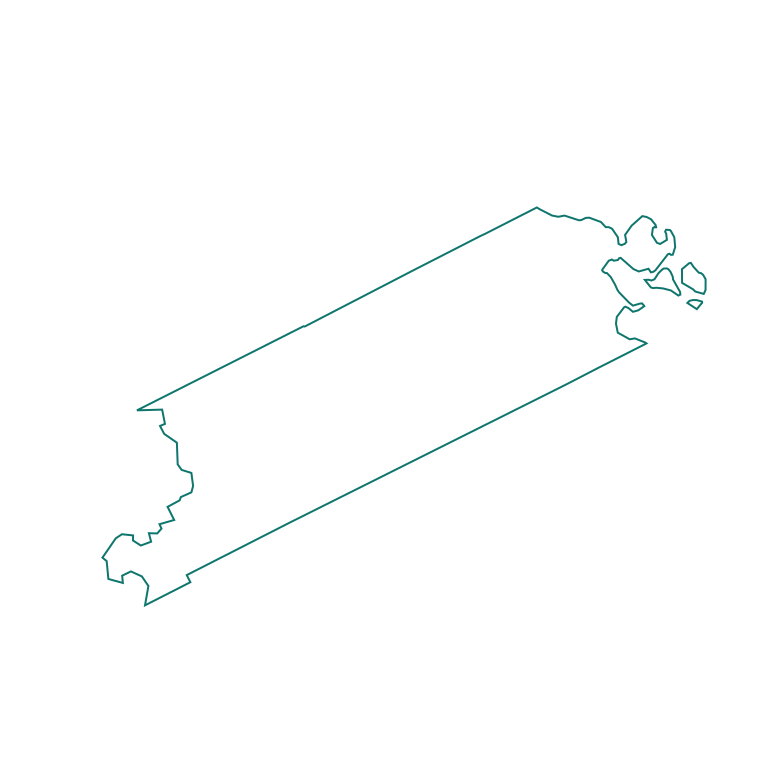 the district of Skagit, Washington, United States of America, rotated 153°
{"feature_id": "52423323B93114504552564", "entity_name": "Skagit", "entity_type": "district", "adm_level": 2, "iso_a3": "USA", "parent_name": "United States of America", "parent_adm1": "Washington", "projection": "mercator", "projection_center": [-122.193, 48.477], "detail": "fine", "context": "isolated", "style": "outline", "palette": "teal", "viewbox_px": 768, "rotation_deg": 153, "n_neighbors": 0, "source": "geoboundaries", "source_scale": "gbopen_adm2", "svg_char_len": 2177}
<svg xmlns="http://www.w3.org/2000/svg" viewBox="0 0 768 768"><g transform="rotate(153 384 384)"><path d="M713.7,357.1L711.5,352.1L718.1,335.4L707.0,325.3L704.3,332.1L694.6,331.9L687.1,322.5L685.6,311.0L697.4,295.3L646.5,295.3L646.5,303.3L531.4,303.3L222.4,300.9L220.6,300.9L185.6,301.1L131.7,301.0L132.3,302.2L139.7,310.7L144.8,312.3L152.4,323.6L149.9,332.5L146.1,338.1L135.1,343.4L133.8,343.3L131.8,340.8L129.4,335.3L124.0,334.2L116.7,335.2L116.8,336.1L117.6,338.8L119.8,339.5L126.6,340.8L128.6,345.0L132.9,358.8L133.3,361.8L133.0,367.9L133.4,376.3L135.0,381.6L136.6,382.6L137.9,384.9L138.0,386.3L137.2,387.0L127.8,391.8L124.4,391.4L123.2,389.5L119.3,388.3L117.4,389.3L115.9,389.0L109.6,373.2L105.9,368.6L96.0,366.6L95.5,362.3L93.2,361.7L90.5,362.1L72.2,370.7L70.4,370.4L69.7,368.8L68.0,368.1L62.4,373.8L60.6,378.3L58.7,383.0L58.9,390.2L59.5,391.5L62.7,393.4L64.4,392.0L64.3,389.9L66.5,384.0L74.4,383.4L76.7,385.9L77.6,395.2L73.6,400.9L71.4,401.1L71.3,400.5L70.4,400.1L69.8,402.3L71.3,409.6L74.2,413.6L77.6,416.3L91.4,412.7L101.5,407.4L103.6,400.5L105.8,399.6L109.4,399.9L111.4,402.3L109.0,408.6L110.3,418.8L112.6,421.8L115.2,423.1L117.2,429.9L125.6,439.0L128.8,440.4L133.8,440.5L136.0,441.4L146.7,452.1L152.8,453.9L157.8,457.8L165.7,468.7L167.7,471.9L225.4,471.9L231.5,472.1L292.2,472.0L301.8,472.0L428.5,471.2L429.6,472.0L616.1,472.7L593.3,461.9L597.3,447.9L602.6,448.3L602.5,439.4L595.2,425.7L604.3,406.1L603.3,399.3L596.0,392.2L600.4,379.8L604.8,374.9L616.3,375.5L618.9,373.1L632.6,372.8L632.7,358.1L647.7,361.0L647.9,356.2L653.9,353.8L661.2,357.8L663.1,349.2L674.0,350.5L678.7,358.5L676.3,363.0L685.7,369.1L693.0,368.3L713.7,357.1ZM49.9,331.3L50.1,336.3L51.1,338.7L53.0,340.3L55.1,348.1L55.6,352.6L57.3,353.1L66.4,351.0L72.5,338.8L65.6,328.0L64.7,325.1L58.2,319.1L54.8,321.8L49.9,331.3ZM78.0,348.5L77.8,353.9L78.5,357.2L79.5,358.5L82.3,359.9L83.9,359.8L89.0,358.2L95.5,354.5L98.7,354.8L100.8,356.7L104.3,358.3L102.4,348.9L100.7,347.3L97.8,346.2L92.0,342.5L85.9,337.1L81.6,329.2L79.4,329.1L78.4,331.6L79.0,346.0L78.0,348.5ZM63.6,312.0L63.2,313.0L67.4,316.9L70.5,318.5L73.9,319.4L76.9,318.5L71.3,308.7L63.6,312.0Z" fill="none" stroke="#0f766e" stroke-width="2"/></g></svg>